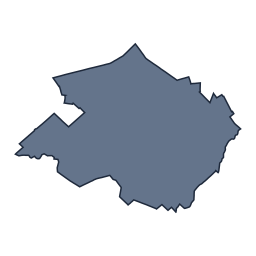 Peciu Nou, Timis, Romania (Equal Earth projection)
{"feature_id": "2599482B53366804406039", "entity_name": "Peciu Nou", "entity_type": "district", "adm_level": 2, "iso_a3": "ROU", "parent_name": "Romania", "parent_adm1": "Timis", "projection": "equal_earth", "projection_center": [21.009, 45.622], "detail": "fine", "context": "isolated", "style": "filled", "palette": "slate", "viewbox_px": 256, "rotation_deg": 0, "n_neighbors": 0, "source": "geoboundaries", "source_scale": "gbopen_adm2", "svg_char_len": 4901}
<svg xmlns="http://www.w3.org/2000/svg" viewBox="0 0 256 256"><path d="M218.1,172.6L218.4,172.2L218.7,171.1L218.9,170.0L219.2,167.5L219.5,165.1L219.6,164.0L219.7,163.3L219.9,162.8L220.7,162.1L221.1,161.7L221.5,161.1L221.7,160.5L221.9,159.6L222.0,158.9L222.6,158.3L223.1,157.9L223.5,157.4L223.5,156.5L223.5,155.2L223.5,154.3L223.6,153.5L223.9,152.8L224.4,152.1L224.7,151.5L225.0,150.7L225.3,150.0L225.4,149.3L225.3,148.5L225.3,147.9L225.3,147.1L225.5,146.6L226.0,146.0L226.6,144.9L227.1,143.8L227.8,142.6L228.5,141.6L229.1,140.8L230.2,140.0L230.8,139.5L231.2,139.2L231.6,139.0L232.0,139.0L232.6,139.0L233.2,139.1L233.6,139.1L234.0,138.9L234.4,138.5L234.6,138.2L234.9,137.1L235.1,136.1L235.4,135.5L235.7,135.2L236.1,135.0L236.7,134.9L237.0,134.8L237.3,134.6L237.7,133.7L237.9,132.8L238.0,131.7L238.2,131.0L238.4,130.5L239.4,129.7L240.6,128.9L239.0,127.4L238.2,126.7L235.6,124.5L235.5,124.4L235.3,124.2L234.4,123.3L233.0,121.3L231.2,118.7L229.9,116.9L233.8,113.7L232.4,111.4L231.7,111.8L231.4,111.3L229.0,106.6L223.7,96.3L222.9,96.3L221.8,94.7L218.9,96.5L216.7,97.8L215.6,96.2L213.8,93.9L213.5,93.4L212.2,96.8L209.9,102.7L205.1,97.8L202.5,95.1L199.6,92.2L199.4,92.0L200.3,91.3L200.2,90.8L200.1,90.3L200.1,89.0L200.3,82.9L194.2,83.5L193.3,83.5L190.8,83.8L190.8,83.2L190.4,81.9L190.2,81.2L189.5,79.1L188.8,77.2L188.7,76.9L183.9,78.3L183.0,78.5L177.8,80.0L177.5,80.1L177.1,80.3L173.7,77.8L172.9,77.3L169.5,74.9L165.0,71.7L164.1,71.1L160.4,68.6L160.0,68.2L156.0,65.4L154.9,64.7L152.8,63.3L152.0,62.7L149.4,60.9L148.3,60.2L147.3,59.4L146.9,59.2L146.0,58.5L144.9,57.1L143.4,54.8L141.8,52.7L139.4,49.3L135.3,43.9L130.8,48.3L126.9,52.2L122.9,56.0L121.5,56.8L119.7,57.8L116.8,59.6L114.4,60.9L112.8,61.9L110.8,63.0L109.7,63.5L107.6,64.0L106.7,64.2L104.8,64.7L103.4,65.1L98.5,66.3L93.6,67.5L93.2,67.6L91.9,67.9L89.7,68.4L87.4,69.0L82.5,70.3L75.2,72.1L65.2,74.6L60.6,75.9L57.8,76.6L53.0,77.9L56.7,83.1L59.0,86.5L59.4,86.3L60.6,90.2L61.0,92.0L62.0,95.0L62.7,95.0L65.3,95.4L65.1,95.5L64.9,95.5L65.0,96.4L65.1,97.6L65.1,98.0L65.0,98.9L64.8,100.2L64.5,101.9L64.4,102.6L64.2,103.0L66.0,103.3L68.5,103.7L71.4,104.0L72.3,104.2L72.5,104.2L73.1,103.2L73.6,103.6L75.5,105.3L79.1,108.5L80.0,107.8L81.6,109.5L84.7,112.6L83.6,113.5L79.8,116.9L75.4,120.8L68.6,126.8L62.6,121.4L60.3,119.1L57.7,116.7L55.6,114.7L54.2,113.4L52.8,114.6L45.8,120.9L41.9,124.3L40.9,125.1L37.0,128.4L36.8,128.6L36.7,128.7L36.2,128.8L35.8,128.8L34.6,129.6L34.5,130.0L34.5,130.4L34.5,130.5L34.4,130.7L33.6,131.4L29.4,135.1L28.5,135.8L28.0,136.4L27.2,137.0L22.7,140.9L19.9,143.4L19.4,143.8L20.5,144.8L23.1,147.3L20.7,149.4L17.4,152.3L16.5,153.1L15.4,154.2L16.6,154.8L18.2,155.5L18.8,155.8L19.0,155.8L20.1,155.6L21.7,155.3L22.1,155.3L22.8,155.2L23.5,155.2L24.2,155.2L24.9,155.2L25.6,155.3L26.4,155.3L27.9,155.3L28.3,155.3L28.7,155.4L28.9,155.5L29.4,156.3L29.9,157.2L31.0,157.9L31.4,158.0L33.1,157.0L33.8,156.6L34.6,156.3L34.8,156.7L35.2,157.1L36.0,157.9L36.3,158.2L37.0,158.5L37.7,158.7L39.1,158.7L39.6,158.4L39.9,158.1L40.0,158.0L40.6,157.0L41.2,156.1L41.8,154.8L44.1,153.8L46.0,154.9L47.5,155.8L48.2,155.7L51.3,155.6L51.9,155.6L54.2,157.4L54.0,159.0L57.9,159.4L58.2,160.3L58.7,162.0L57.9,165.1L57.2,167.7L57.2,167.9L57.3,169.5L57.5,171.8L59.6,173.3L60.9,174.3L63.3,176.0L66.2,178.1L68.2,179.5L69.3,180.3L70.3,181.0L71.1,181.5L71.8,181.9L73.5,183.0L75.7,184.3L79.7,186.8L83.5,184.9L88.0,182.8L91.0,181.3L92.5,180.7L94.0,179.8L94.7,179.5L95.5,179.2L96.1,178.9L96.7,178.7L99.4,178.0L100.4,177.8L101.1,177.6L101.5,177.6L103.6,177.0L106.4,176.3L109.6,175.4L109.8,175.4L110.6,176.3L113.1,179.4L115.9,180.3L116.7,181.4L118.3,183.6L120.5,186.5L121.2,187.5L121.0,188.9L120.1,193.9L119.8,195.5L119.6,196.7L120.8,197.9L122.7,199.7L127.9,204.6L128.1,204.9L128.9,204.2L130.4,203.0L130.8,202.5L132.4,201.2L133.7,199.9L140.1,202.3L141.8,203.0L146.4,204.7L149.8,206.1L150.6,206.4L156.0,208.6L156.2,208.8L156.5,209.0L157.5,208.2L161.9,204.6L167.1,209.5L168.0,210.3L171.5,207.3L175.9,212.1L176.0,212.0L175.9,211.7L176.0,211.4L176.2,210.8L176.2,210.6L176.2,210.4L176.3,210.1L176.3,209.8L176.2,209.7L176.2,209.4L176.2,209.2L176.3,208.7L176.9,207.9L177.3,207.3L177.7,207.1L178.8,205.4L179.7,204.1L184.2,208.2L184.6,208.4L185.6,208.2L188.1,207.4L188.5,207.2L189.0,207.1L189.5,206.8L189.8,206.5L190.2,205.9L190.5,205.3L191.2,203.5L191.3,203.1L191.4,202.9L191.5,202.7L192.3,201.8L193.8,200.0L193.9,199.8L193.9,199.2L194.0,197.2L194.1,195.5L194.1,194.0L194.1,193.6L194.2,192.8L194.2,191.8L194.2,191.6L194.3,191.3L194.4,191.0L194.4,190.9L194.6,190.6L194.8,190.3L195.1,189.9L195.4,189.6L196.5,188.2L196.9,187.7L197.1,187.5L197.3,187.2L197.7,186.8L198.1,186.4L198.5,185.9L199.6,184.9L200.0,184.6L200.6,184.3L201.3,184.0L201.9,183.6L202.9,182.7L204.0,181.7L204.5,181.4L206.2,179.9L207.2,179.0L208.4,177.8L209.1,177.2L210.0,176.4L210.6,175.9L211.1,175.4L212.7,173.9L214.1,172.5L215.4,171.4L215.5,171.0L215.7,170.6L218.1,172.6Z" fill="#64748b" stroke="#1e293b" stroke-width="1.5"/></svg>